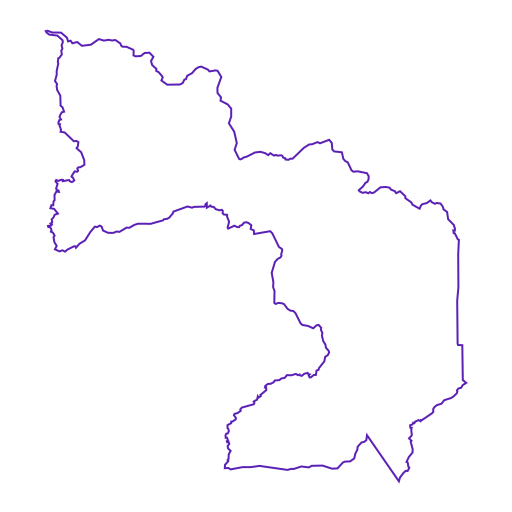 outline of São Miguel do Guaporé, Rondônia, Brazil
{"feature_id": "56859067B22214144966300", "entity_name": "São Miguel do Guaporé", "entity_type": "district", "adm_level": 2, "iso_a3": "BRA", "parent_name": "Brazil", "parent_adm1": "Rondônia", "projection": "albers", "projection_center": [-63.108, -11.621], "detail": "fine", "context": "isolated", "style": "outline", "palette": "violet", "viewbox_px": 512, "rotation_deg": 0, "n_neighbors": 0, "source": "geoboundaries", "source_scale": "gbopen_adm2", "svg_char_len": 5930}
<svg xmlns="http://www.w3.org/2000/svg" viewBox="0 0 512 512"><path d="M466.2,382.9L462.8,380.0L462.3,345.2L458.0,345.0L457.6,343.5L457.2,300.5L458.4,287.5L458.2,253.9L458.9,239.9L457.8,239.3L454.8,233.3L453.7,233.1L453.3,230.4L454.8,230.6L455.0,228.9L453.8,225.0L448.1,219.1L447.1,212.0L443.6,209.4L442.7,206.5L440.5,203.5L436.6,203.0L434.9,203.8L431.8,202.2L430.4,200.4L426.8,203.1L422.5,204.1L420.9,205.6L419.6,208.7L412.5,204.7L411.3,202.4L405.4,198.2L405.3,196.2L400.0,191.2L396.2,193.2L394.7,191.1L391.0,189.6L389.6,187.7L386.0,187.0L380.5,187.3L373.9,192.6L371.7,193.1L369.9,192.0L368.2,193.3L365.9,192.2L362.5,192.8L359.6,191.4L358.8,190.2L362.9,186.6L365.4,182.9L367.4,181.8L368.5,179.5L368.7,176.2L366.9,173.2L357.8,171.3L353.4,171.7L351.5,170.3L347.8,162.4L345.3,161.1L343.3,158.8L341.9,152.3L334.0,151.4L332.3,149.4L331.8,143.0L329.2,139.8L320.0,143.3L317.5,142.1L312.2,144.2L309.1,144.5L303.8,147.9L292.6,158.7L290.6,158.6L288.4,159.8L285.5,159.5L285.3,158.3L283.3,157.7L282.3,155.8L281.2,155.3L277.3,155.6L276.0,154.9L274.0,155.6L270.3,153.2L268.2,155.1L265.0,153.1L260.4,151.8L254.9,152.5L246.9,156.6L243.1,157.7L242.5,158.5L240.3,159.4L239.1,158.9L234.6,149.8L236.8,143.1L234.2,131.7L228.9,123.3L231.2,116.5L231.2,108.6L227.7,104.4L220.5,100.7L221.0,97.3L217.5,93.0L217.4,87.9L221.3,77.0L217.6,70.8L215.7,70.4L209.4,71.4L207.9,69.6L201.2,66.6L198.5,67.2L195.6,69.0L192.1,73.1L187.2,75.8L186.0,79.1L184.4,79.6L182.8,82.9L181.2,83.9L179.9,84.5L167.3,84.7L161.4,80.5L162.7,77.4L162.3,76.4L158.6,72.1L156.3,71.0L156.3,68.8L152.2,65.1L151.0,61.1L153.4,56.8L149.5,52.7L144.6,53.0L140.8,56.0L135.5,56.3L133.5,55.4L133.7,50.7L133.0,49.7L126.6,46.8L122.5,46.7L121.2,45.7L120.3,43.4L115.3,40.0L112.2,40.5L108.5,39.8L103.9,40.6L98.9,39.1L90.9,44.7L81.9,45.8L77.2,42.0L72.4,43.3L70.6,40.7L68.1,41.4L66.9,37.6L61.0,32.6L52.3,32.5L47.4,30.7L45.8,31.1L46.6,32.6L49.3,34.6L57.4,35.6L62.6,40.3L62.8,42.4L61.6,45.1L62.4,48.7L61.3,50.7L61.8,54.5L59.3,57.9L58.3,58.2L57.8,62.1L58.3,63.5L56.7,70.9L56.7,74.8L55.0,81.0L57.1,84.1L56.6,86.0L57.1,89.8L60.3,95.7L60.6,105.7L62.5,107.3L64.1,111.7L61.8,112.3L60.3,114.8L59.5,117.0L61.0,119.5L59.3,120.1L58.4,122.7L58.6,124.1L60.0,124.3L59.6,125.7L61.0,129.6L60.6,131.8L64.6,132.4L73.8,141.2L76.5,141.0L78.4,142.2L77.8,146.4L76.6,148.2L81.2,152.3L84.2,160.1L84.4,164.8L80.4,167.2L78.2,167.4L77.3,168.4L78.1,170.8L77.3,171.7L74.6,171.4L72.0,175.5L71.5,176.7L72.8,177.5L74.3,180.3L73.4,181.2L71.9,182.1L70.2,181.5L69.0,180.0L62.8,181.2L62.9,179.9L61.4,179.7L58.3,180.9L56.2,180.0L55.5,181.4L57.6,183.8L56.2,188.2L57.0,190.3L54.5,195.1L54.6,200.2L53.6,201.3L53.2,205.3L51.4,205.2L50.4,208.2L54.1,208.9L57.9,213.6L54.7,214.7L53.4,217.6L51.7,219.3L52.2,222.5L50.6,223.5L51.9,224.5L51.2,225.5L48.0,225.9L48.3,227.0L49.9,227.2L51.1,228.7L51.5,230.2L50.9,231.7L52.8,232.5L54.6,235.6L53.5,237.1L54.4,242.2L56.7,245.9L54.9,249.3L59.5,251.4L62.4,250.3L65.0,251.6L67.6,249.5L74.0,246.3L75.5,246.3L76.0,247.7L79.4,243.8L85.0,240.4L90.5,231.8L94.9,226.6L97.0,227.1L99.8,225.6L101.6,226.6L103.0,230.5L108.0,232.8L113.3,232.9L116.7,231.5L119.4,231.9L126.6,227.6L129.3,227.8L134.3,224.9L138.1,223.7L150.7,223.8L162.9,220.4L164.1,219.2L167.3,218.8L169.4,217.5L172.9,213.3L173.4,211.6L187.5,206.5L192.1,207.7L193.9,206.9L204.5,206.6L205.5,205.5L205.5,204.2L206.8,203.2L206.8,207.7L210.5,205.5L211.3,206.7L213.9,207.0L215.6,209.1L219.4,210.3L221.8,209.8L222.8,210.9L222.6,213.2L223.8,214.5L227.1,214.8L227.1,216.7L229.1,221.7L227.6,227.6L228.2,228.6L234.4,225.7L237.3,227.1L239.1,227.1L239.9,225.8L242.2,225.0L243.8,222.8L246.1,222.2L248.5,223.0L251.3,225.2L250.7,229.0L253.8,230.4L254.1,234.0L270.2,231.2L272.3,233.3L278.9,246.9L281.9,249.0L282.3,250.4L281.2,254.1L281.5,255.7L280.5,257.4L277.7,258.9L275.0,261.8L271.7,272.8L273.4,282.4L273.1,287.0L274.5,291.1L274.3,302.9L275.6,303.9L278.5,302.9L282.2,303.3L284.1,304.2L287.5,308.8L290.3,310.6L293.3,311.0L295.4,313.0L300.7,323.6L302.5,325.0L307.9,325.9L313.2,328.3L316.5,325.4L318.6,324.9L321.2,327.8L320.9,329.8L322.4,333.0L321.9,335.7L323.3,341.3L325.4,344.5L325.9,347.6L328.7,350.9L329.1,352.5L327.8,355.1L325.2,356.8L324.3,361.4L318.9,368.2L318.6,369.8L316.6,370.5L315.8,375.0L313.9,374.9L310.7,377.4L309.6,377.4L308.7,375.3L309.6,374.4L308.2,374.0L307.6,372.9L304.2,373.8L301.9,375.8L300.4,375.6L299.6,374.5L297.9,375.2L296.0,373.9L291.3,375.3L287.0,375.1L284.6,377.9L281.3,378.5L279.4,380.1L274.7,380.5L273.7,382.2L270.7,383.8L267.9,383.9L265.3,385.9L265.0,387.4L266.1,387.3L266.3,390.1L260.4,395.0L260.8,396.1L258.5,397.6L257.8,396.4L257.1,399.6L253.7,401.5L254.4,402.8L253.9,404.2L241.8,407.6L240.3,409.3L240.7,410.8L237.5,413.1L234.5,413.9L233.9,415.2L235.9,417.9L235.6,419.5L232.7,421.4L231.2,421.6L231.2,423.2L227.5,425.1L227.5,428.1L228.4,429.0L228.8,431.3L227.8,433.4L226.3,433.7L225.5,435.3L225.7,437.8L227.0,437.7L227.9,440.2L226.8,441.2L227.3,442.3L228.5,441.7L229.3,443.9L227.6,446.1L228.1,448.5L230.6,450.9L228.8,454.2L228.5,459.2L227.6,460.1L228.3,461.1L225.0,464.8L224.8,468.2L228.4,468.0L230.6,469.4L242.6,467.1L251.0,467.1L259.5,465.9L287.5,469.9L291.5,468.8L293.3,469.1L301.3,466.5L309.0,467.4L311.7,465.8L322.6,465.6L332.1,468.7L337.5,468.4L342.9,462.5L344.9,461.6L350.1,461.4L354.2,458.5L355.5,453.2L357.3,449.8L357.7,446.6L361.6,442.4L363.9,442.0L366.3,440.2L367.0,435.2L398.9,481.3L400.0,477.5L403.4,473.0L405.7,470.8L407.6,471.0L408.4,469.6L409.3,467.6L408.4,466.8L407.7,462.5L406.5,461.9L409.0,456.8L412.5,452.6L412.7,449.4L410.7,441.8L411.5,440.8L409.0,438.4L411.6,435.6L411.8,434.5L411.2,429.7L411.7,427.8L410.4,427.7L410.1,425.3L412.6,424.3L413.2,422.7L414.4,423.1L415.1,421.7L418.5,420.1L420.5,421.2L420.8,420.1L421.8,420.2L432.1,413.2L433.3,411.9L433.2,409.1L434.3,407.2L436.9,405.1L441.5,403.7L444.2,400.2L451.2,398.0L453.7,396.3L456.7,393.4L457.4,391.6L456.9,390.4L458.4,388.5L461.1,387.8L462.8,385.0L466.2,382.9ZM57.0,190.3L58.5,190.5L58.9,191.9L57.8,191.7L57.0,190.3Z" fill="none" stroke="#5b21b6" stroke-width="2"/></svg>